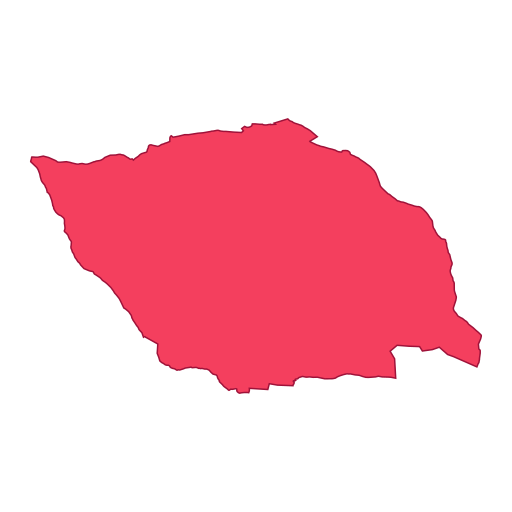 Sinesti, Vâlcea, Romania (Natural Earth projection)
{"feature_id": "2599482B24446821580298", "entity_name": "Sinesti", "entity_type": "district", "adm_level": 2, "iso_a3": "ROU", "parent_name": "Romania", "parent_adm1": "Vâlcea", "projection": "natural_earth1", "projection_center": [23.825, 44.936], "detail": "fine", "context": "isolated", "style": "filled", "palette": "rose", "viewbox_px": 512, "rotation_deg": 0, "n_neighbors": 0, "source": "geoboundaries", "source_scale": "gbopen_adm2", "svg_char_len": 6038}
<svg xmlns="http://www.w3.org/2000/svg" viewBox="0 0 512 512"><path d="M476.9,366.9L478.0,364.0L478.8,362.7L479.0,362.0L479.2,360.6L479.4,359.9L479.5,358.2L480.2,353.1L480.2,351.0L480.1,350.2L478.9,349.0L478.8,348.7L478.4,344.1L480.6,339.0L481.2,336.6L481.3,335.8L481.2,335.3L480.9,334.8L478.3,332.3L476.0,330.4L473.1,327.7L468.5,324.2L467.5,322.6L466.5,321.5L464.9,320.5L462.5,318.5L460.8,317.7L458.2,316.2L457.7,315.7L456.3,313.5L454.3,311.2L453.9,310.5L453.4,309.0L453.4,307.8L455.8,300.4L456.1,298.8L456.3,297.6L456.3,296.8L454.6,291.6L454.3,290.2L454.2,283.1L453.8,281.9L453.2,281.0L453.0,280.5L452.7,277.9L451.6,275.9L450.9,274.3L450.6,273.4L450.2,271.6L450.2,270.3L450.8,268.5L451.0,266.9L452.0,264.6L452.1,263.4L452.0,262.6L451.2,260.5L450.8,259.3L449.7,254.6L448.7,253.2L448.2,252.3L448.0,250.5L447.3,248.4L446.8,246.4L446.5,243.3L446.2,242.5L445.7,241.6L445.6,240.1L445.4,239.8L444.8,239.4L443.4,239.1L442.5,239.1L441.0,238.4L440.1,237.4L437.7,235.2L435.6,231.8L435.0,230.3L433.5,228.0L432.9,225.9L432.4,221.6L432.2,220.8L431.5,219.7L429.7,217.4L428.0,214.7L426.3,212.5L423.3,209.4L421.2,207.7L419.7,206.9L418.4,206.6L417.1,206.6L414.5,206.1L412.0,205.2L407.9,204.0L406.7,203.4L403.3,202.2L400.9,201.9L398.7,201.0L397.4,200.8L394.9,198.6L391.9,196.5L390.1,194.9L389.2,194.3L388.1,193.9L382.4,188.5L381.3,187.3L380.4,186.2L379.8,184.5L379.4,182.9L377.0,176.4L375.7,173.2L374.0,170.5L370.4,166.8L368.9,165.6L366.5,163.9L364.7,162.5L359.9,159.3L358.7,158.2L357.5,157.6L355.7,156.9L354.2,156.0L352.3,155.3L350.7,154.5L350.4,154.2L349.8,152.3L348.1,151.0L347.5,150.7L345.6,150.5L342.9,150.6L342.3,150.9L341.8,151.9L341.6,152.0L341.3,152.1L338.5,151.7L336.9,151.1L335.3,150.2L332.0,149.2L328.9,148.5L323.7,146.9L321.2,146.4L319.9,146.0L319.3,145.7L316.7,144.9L311.0,142.2L310.0,141.6L309.8,141.3L317.3,136.7L310.3,130.7L307.6,129.0L304.6,127.5L303.2,126.4L301.1,125.2L299.6,124.8L298.0,124.2L294.5,123.1L292.8,122.2L292.1,121.6L290.2,121.0L289.2,120.3L287.8,118.9L274.2,123.1L275.4,124.3L270.6,124.6L270.5,124.3L269.9,124.4L268.7,124.5L267.0,124.9L265.2,125.0L263.4,124.8L262.8,124.5L262.6,124.3L259.9,124.3L255.3,123.9L252.3,123.9L251.8,125.6L251.6,126.0L249.3,127.2L246.9,127.4L244.6,126.4L241.7,128.6L243.4,130.8L241.5,132.5L233.7,132.1L225.7,131.4L223.5,131.4L220.9,131.1L219.7,130.8L218.7,130.4L217.2,130.3L213.6,131.0L211.4,131.2L210.5,131.5L202.9,132.8L198.0,133.2L188.5,134.7L184.6,134.7L178.5,136.2L173.1,137.2L171.3,135.8L170.6,136.2L170.4,136.5L169.9,137.8L169.8,141.5L166.6,142.8L165.1,143.2L163.9,143.8L161.5,144.5L159.6,145.7L158.8,146.1L157.7,146.4L155.1,145.8L153.5,145.5L151.0,144.8L149.7,145.0L149.0,145.5L148.5,146.2L148.3,147.7L147.4,149.6L146.9,151.7L146.3,152.2L145.7,152.4L144.9,152.6L141.4,153.7L139.8,154.8L138.2,156.4L135.2,158.4L133.4,160.1L132.2,158.9L130.6,159.2L129.8,159.0L128.3,157.8L127.5,157.5L124.4,155.5L123.0,154.9L122.2,154.9L120.1,154.3L118.5,154.4L115.8,155.0L110.2,155.2L104.9,157.4L102.7,159.2L101.2,160.0L99.9,160.5L96.1,161.1L94.9,161.7L94.1,161.7L89.5,163.5L87.4,164.1L85.4,164.2L82.1,163.5L79.6,163.8L78.2,164.2L76.4,164.0L72.1,163.0L70.1,162.4L66.3,161.7L60.6,162.2L58.6,162.2L57.5,162.0L56.3,161.0L55.4,160.5L48.6,157.5L43.3,156.1L37.9,157.2L35.5,157.2L32.5,157.0L31.7,157.1L31.4,158.9L30.9,160.4L30.7,161.7L36.8,167.5L38.1,169.6L39.7,173.8L40.4,177.2L40.9,178.8L41.2,180.1L41.6,181.0L42.6,182.6L44.5,184.8L45.0,185.6L45.4,186.9L46.4,188.6L47.3,192.4L47.9,192.6L48.5,193.2L49.4,194.4L49.8,195.0L51.7,200.2L52.5,203.6L52.8,205.7L53.5,206.8L53.7,208.4L54.2,209.5L55.8,212.1L57.4,213.7L58.0,214.2L59.0,214.9L61.1,215.8L63.5,217.8L64.3,219.1L64.5,220.9L64.4,223.5L64.8,225.7L65.0,228.0L64.9,229.1L64.3,230.8L64.4,231.3L64.7,231.8L66.2,233.1L67.9,235.0L68.8,237.4L69.5,239.0L71.3,241.5L71.4,242.0L71.3,243.3L71.2,245.1L70.9,246.9L71.1,248.5L71.6,249.4L72.4,252.0L73.7,253.9L74.9,257.2L75.3,257.9L76.2,259.0L77.9,261.7L79.7,263.3L80.5,264.8L84.0,268.6L89.3,270.8L90.9,271.2L92.6,271.5L93.1,271.8L93.4,272.1L94.0,273.4L94.4,274.0L96.1,275.0L100.0,277.6L100.8,278.4L102.4,280.3L105.3,282.3L107.0,283.7L110.8,287.4L113.4,290.9L114.6,293.0L116.6,295.2L119.1,298.4L120.4,300.8L123.8,307.9L124.2,308.3L125.3,308.8L128.7,311.7L131.0,315.0L131.5,316.1L131.9,317.9L132.5,318.9L133.0,320.1L134.6,322.4L136.9,326.0L137.3,326.3L138.3,327.7L138.7,328.9L139.3,329.9L141.9,332.7L143.5,337.2L144.1,336.8L144.9,336.6L145.7,337.3L146.0,337.4L157.8,344.0L157.2,353.3L158.8,357.4L159.8,360.9L161.6,362.5L163.5,363.5L165.3,364.8L166.6,365.2L168.6,365.3L169.2,365.7L169.6,366.0L170.3,367.3L171.0,367.7L172.3,368.3L174.6,368.8L176.7,370.1L177.1,370.2L178.1,369.8L178.6,369.8L179.1,370.0L180.0,369.9L183.5,368.8L185.4,368.0L189.6,367.4L191.0,367.1L192.1,367.7L196.0,367.4L197.3,367.7L198.4,368.3L199.6,368.3L200.5,368.6L202.0,368.4L205.0,369.1L206.3,369.0L207.8,369.5L209.2,370.2L210.9,372.2L213.0,374.1L216.3,375.0L216.7,375.3L217.2,376.2L217.6,377.8L218.5,379.5L219.4,380.6L219.3,381.3L219.6,381.9L222.7,384.9L222.9,385.3L223.9,386.4L224.8,387.1L227.4,389.0L228.4,390.0L229.0,390.3L229.3,390.2L230.7,389.2L232.6,389.3L235.7,388.7L236.3,388.8L236.8,389.1L236.8,390.6L237.1,391.5L238.3,392.6L239.3,393.1L240.0,393.1L241.4,392.8L244.3,392.5L247.5,392.5L248.7,392.7L249.3,391.0L249.4,389.4L249.3,388.3L267.8,389.5L269.3,383.7L277.4,385.1L293.0,385.7L293.1,384.9L293.7,384.1L294.2,382.8L293.8,382.1L294.1,381.5L293.4,381.4L293.5,380.8L295.4,380.6L295.6,380.4L295.2,380.2L295.1,379.6L295.3,379.3L296.1,379.0L297.1,378.9L297.8,378.7L298.1,378.4L298.1,378.2L298.8,377.6L302.2,376.5L302.9,376.5L305.9,377.1L307.1,377.1L309.5,376.9L313.1,377.3L317.3,377.2L324.8,378.8L332.2,378.7L333.6,378.5L335.4,378.1L337.6,376.7L340.1,375.7L343.5,374.6L346.4,373.9L347.3,373.8L348.8,374.0L350.3,373.9L355.2,374.9L358.6,375.2L359.6,375.4L362.7,376.5L365.8,377.3L368.5,377.4L375.5,376.9L378.4,376.2L382.1,376.9L389.0,377.1L391.1,377.3L395.7,378.2L394.6,358.8L390.1,351.2L397.1,345.3L408.9,346.2L419.6,346.6L422.4,351.0L432.4,349.6L439.3,347.2L447.6,354.5L453.7,356.7L476.9,366.9Z" fill="#f43f5e" stroke="#9f1239" stroke-width="1.5"/></svg>